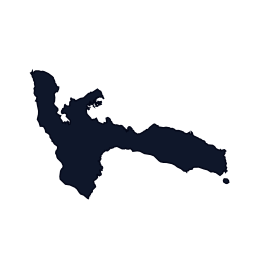 outline of Dompu, Nusa Tenggara Barat, Indonesia, rotated 158°
{"feature_id": "22746128B31420255543838", "entity_name": "Dompu", "entity_type": "district", "adm_level": 2, "iso_a3": "IDN", "parent_name": "Indonesia", "parent_adm1": "Nusa Tenggara Barat", "projection": "natural_earth1", "projection_center": [118.191, -8.494], "detail": "fine", "context": "isolated", "style": "filled", "palette": "ink", "viewbox_px": 256, "rotation_deg": 158, "n_neighbors": 0, "source": "geoboundaries", "source_scale": "gbopen_adm2", "svg_char_len": 5960}
<svg xmlns="http://www.w3.org/2000/svg" viewBox="0 0 256 256"><g transform="rotate(158 128 128)"><path d="M191.3,77.5L190.7,78.0L190.7,78.9L190.1,79.8L189.1,79.5L188.7,80.3L187.8,80.7L187.0,81.7L185.1,82.3L184.4,83.9L180.2,85.7L180.0,87.5L180.5,88.7L180.2,89.9L180.4,90.7L179.8,91.7L178.7,92.4L177.4,92.4L175.4,93.3L174.8,93.8L174.5,95.4L174.0,96.4L173.4,96.2L173.4,95.7L172.4,94.5L170.5,94.8L170.1,95.5L170.3,97.1L169.9,98.3L170.2,99.0L169.7,99.5L168.8,99.4L167.7,98.1L168.0,99.5L166.6,100.4L166.4,101.2L166.5,102.0L167.5,102.9L167.1,103.9L167.6,104.7L167.2,105.5L167.1,106.9L167.7,108.3L166.3,108.3L165.2,109.6L164.8,109.6L164.8,111.3L163.9,111.6L163.8,112.3L162.9,113.4L161.9,113.6L161.6,114.1L159.8,115.0L158.8,115.1L158.0,115.8L156.9,115.1L156.1,115.3L155.4,114.6L152.7,115.6L152.1,116.2L150.8,115.5L148.9,115.4L148.1,115.8L145.0,115.2L141.2,111.0L139.1,110.1L137.7,110.2L136.8,109.0L135.3,108.3L133.5,108.3L132.4,106.2L132.2,104.7L127.9,103.5L125.4,102.0L122.3,98.3L116.8,95.0L114.2,92.6L111.4,86.1L110.3,84.5L108.0,83.0L105.0,81.7L100.4,78.6L98.1,76.0L96.7,73.5L93.8,70.3L92.3,67.3L90.5,66.3L90.1,65.3L89.5,66.2L87.9,65.9L86.8,66.7L84.0,65.9L82.9,67.0L81.3,67.0L76.9,65.3L72.8,61.7L69.9,59.6L67.5,56.3L65.1,55.7L64.6,54.9L63.1,53.9L60.4,49.7L57.5,50.6L55.5,52.4L54.4,51.8L54.1,50.4L53.3,51.1L52.4,51.2L53.0,53.0L51.5,54.3L51.9,56.2L50.2,58.4L50.3,60.3L49.8,61.2L49.8,63.0L49.1,64.7L49.8,65.7L49.8,66.8L47.7,68.3L47.1,69.9L46.1,70.1L46.7,71.6L47.7,71.9L50.0,71.9L50.5,72.4L50.3,72.7L50.1,72.1L50.3,73.1L51.2,73.0L52.7,74.0L54.3,75.9L54.8,78.2L56.0,80.1L60.2,82.3L61.0,83.9L62.1,84.8L61.9,86.1L62.2,87.2L63.9,88.6L64.8,90.2L66.4,91.5L66.6,92.1L70.3,96.1L70.6,97.6L70.3,99.4L70.6,100.1L70.9,98.8L72.1,98.6L72.8,99.3L72.4,100.9L75.1,100.5L76.0,100.7L77.8,102.1L78.2,103.3L79.9,105.0L81.8,106.5L84.8,107.7L85.8,109.6L87.1,110.9L88.8,111.4L89.6,112.6L92.5,114.3L95.1,114.9L99.5,117.5L99.5,118.9L100.3,119.1L101.8,121.5L102.9,121.7L107.9,120.2L109.2,119.3L110.6,119.1L111.5,119.5L113.2,118.6L114.0,119.0L115.1,118.5L119.2,118.0L120.4,118.5L121.3,118.3L123.8,121.5L124.0,123.5L124.9,124.9L125.1,125.7L124.8,125.9L125.1,126.2L125.1,127.2L125.8,128.3L126.7,128.7L127.4,128.4L128.1,128.0L128.6,126.6L128.6,125.8L129.2,125.4L129.4,126.0L129.8,126.0L130.7,125.4L130.8,126.5L130.3,127.0L131.4,128.7L131.9,128.6L131.9,129.1L131.5,129.4L132.3,130.5L132.2,131.3L133.0,132.5L133.8,133.0L134.7,132.9L137.3,135.0L138.6,135.4L140.2,136.6L141.0,138.0L141.0,139.9L141.8,141.4L141.4,142.1L141.6,143.5L142.8,145.2L144.5,145.2L144.8,144.4L144.6,143.3L145.3,142.6L145.3,141.5L145.8,141.0L147.1,141.1L148.0,141.8L148.4,141.1L149.7,140.8L153.5,144.4L153.8,148.8L156.2,148.4L157.0,149.0L157.9,148.7L158.6,149.6L159.0,149.6L159.3,150.4L159.0,151.0L160.9,156.0L160.9,157.4L160.1,160.2L159.3,161.4L158.5,161.6L157.7,159.9L157.2,159.9L157.1,160.9L156.4,161.1L157.4,161.6L157.4,162.3L158.3,163.5L157.6,164.5L156.5,165.0L155.1,163.1L154.4,163.9L154.7,165.3L153.3,166.6L152.7,165.8L153.2,165.0L152.7,163.4L151.8,162.9L151.8,163.5L151.0,163.9L151.2,164.3L150.7,164.8L149.6,164.3L149.5,164.0L149.3,164.1L149.1,164.8L149.8,165.2L149.5,166.3L148.1,166.6L148.0,165.7L147.9,166.2L147.5,166.3L147.4,166.0L146.4,167.6L145.6,167.3L144.7,168.0L144.0,167.5L142.9,167.8L142.2,167.2L140.6,166.7L139.4,164.0L139.7,166.0L139.5,167.2L140.0,169.0L139.6,170.1L139.7,172.2L140.9,173.5L141.8,175.4L147.2,174.3L148.4,174.4L149.1,175.0L150.4,174.4L151.7,174.7L157.9,172.4L161.2,173.1L165.9,172.6L167.1,173.3L167.0,174.4L169.2,176.0L169.6,176.9L170.2,176.4L170.3,174.3L172.1,173.8L173.6,170.6L174.5,170.3L175.7,170.7L176.9,171.5L177.4,172.7L177.6,172.4L178.1,172.9L179.6,170.3L181.3,170.2L181.6,169.2L182.6,169.2L183.6,167.9L183.8,167.0L183.5,166.1L180.8,165.6L179.7,163.8L179.7,163.2L180.8,161.9L178.6,156.7L179.0,155.4L180.0,153.7L180.6,153.3L181.6,153.4L181.7,154.9L181.9,155.4L181.9,156.1L182.2,156.4L183.1,156.4L184.2,155.9L184.2,157.0L184.6,157.3L185.8,156.9L186.6,157.1L186.8,157.5L186.7,159.6L187.6,162.8L185.9,164.7L186.8,165.0L187.0,165.6L187.5,165.6L187.6,166.4L188.8,168.2L188.4,169.5L186.4,170.8L186.0,172.4L187.9,176.7L188.0,178.6L186.2,180.4L185.4,182.1L184.6,183.7L183.8,187.3L181.1,189.0L180.3,188.3L179.8,188.3L177.8,190.3L177.0,191.9L178.2,192.7L178.6,193.7L178.5,195.7L179.1,197.3L178.6,198.7L178.6,201.1L178.9,201.9L178.5,202.6L179.1,204.1L181.6,208.2L184.8,211.6L185.9,212.4L187.6,212.8L189.4,214.3L192.2,215.4L193.5,215.3L194.5,214.2L195.4,214.4L195.6,214.7L195.4,216.4L196.2,215.5L197.6,215.4L197.0,212.8L197.4,211.4L197.0,209.2L197.5,207.9L197.3,205.3L198.0,204.1L198.5,201.0L200.2,199.8L200.5,197.8L201.9,195.3L201.8,193.1L200.7,190.8L202.0,188.7L203.4,187.7L202.1,186.3L202.6,186.0L203.3,182.9L204.3,177.4L205.7,174.2L208.7,169.9L208.2,166.3L208.6,162.6L206.5,161.7L205.5,160.5L205.2,157.3L205.7,155.1L203.7,152.6L203.0,150.6L203.6,148.6L202.8,145.8L203.2,144.1L202.7,143.9L202.1,140.8L200.3,138.0L200.1,136.9L200.9,135.3L202.5,133.7L203.3,133.5L204.4,131.7L204.2,129.4L204.6,127.8L204.5,126.2L202.2,120.8L202.1,117.0L203.7,115.0L204.8,114.8L206.5,113.3L209.2,108.5L209.9,105.9L207.0,99.4L203.1,97.1L199.2,93.0L197.9,90.4L197.1,86.3L196.5,84.6L194.1,82.5L191.8,78.1L191.3,77.5ZM57.0,39.6L55.0,39.9L54.6,41.7L55.3,43.5L57.8,44.7L59.0,43.7L59.4,42.2L57.9,40.1L57.0,39.6ZM145.5,161.3L145.1,160.5L144.2,160.2L144.3,160.7L143.8,161.2L144.5,161.8L143.6,161.6L143.6,162.0L143.0,162.1L143.0,162.6L144.7,162.8L145.8,163.8L146.4,163.3L145.9,162.3L146.6,160.3L145.5,160.2L145.7,160.8L145.5,161.3ZM147.8,162.2L147.7,161.7L147.6,162.2L147.0,162.2L147.1,162.5L146.6,162.8L148.8,163.6L148.8,164.0L148.2,164.1L148.6,164.8L149.3,164.0L149.0,162.6L147.8,162.2ZM181.3,156.3L181.7,155.5L181.5,154.5L180.9,155.5L181.3,156.3ZM149.2,160.2L148.1,159.7L148.0,160.0L148.7,160.8L148.5,161.8L148.0,161.7L148.6,162.2L148.9,160.4L149.2,160.2ZM148.9,162.3L149.4,161.9L149.2,161.6L148.9,162.3ZM152.0,161.7L151.9,161.3L151.6,160.8L151.6,161.1L152.0,161.7Z" fill="#0f172a" stroke="#020617" stroke-width="1.5"/></g></svg>